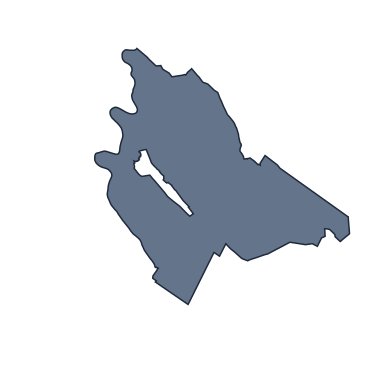 Piltenes pag., Ventspils, Latvia (Natural Earth projection), rotated 42°
{"feature_id": "27541924B30234976546427", "entity_name": "Piltenes pag.", "entity_type": "district", "adm_level": 2, "iso_a3": "LVA", "parent_name": "Latvia", "parent_adm1": "Ventspils", "projection": "natural_earth1", "projection_center": [21.694, 57.236], "detail": "fine", "context": "isolated", "style": "filled", "palette": "slate", "viewbox_px": 384, "rotation_deg": 42, "n_neighbors": 0, "source": "geoboundaries", "source_scale": "gbopen_adm2", "svg_char_len": 5798}
<svg xmlns="http://www.w3.org/2000/svg" viewBox="0 0 384 384"><g transform="rotate(42 192 192)"><path d="M197.0,267.5L203.6,269.0L206.0,269.5L208.3,269.8L211.0,270.5L211.9,270.8L212.5,271.0L213.9,271.8L214.8,272.5L215.4,272.4L215.8,272.2L215.8,271.8L216.4,271.7L217.0,271.3L217.9,271.2L217.9,272.8L218.3,273.3L218.4,274.5L218.5,275.1L219.0,279.6L219.1,280.3L219.4,280.9L220.6,282.4L225.1,281.9L225.0,283.4L241.1,281.3L264.3,278.2L263.5,275.1L252.4,235.3L250.9,229.8L250.0,226.6L249.3,224.1L248.8,222.2L255.4,221.3L252.5,210.5L251.9,208.1L251.8,207.8L254.8,208.1L258.9,208.4L263.7,208.1L273.0,208.1L274.0,207.9L276.0,207.2L279.5,205.8L279.8,204.7L281.5,201.5L283.9,197.4L287.3,191.2L287.2,191.2L289.7,187.4L298.4,163.8L307.7,157.7L311.6,155.2L316.0,149.9L321.5,148.5L319.0,139.4L320.6,135.9L316.0,131.3L315.7,131.2L315.2,130.5L317.4,128.8L319.5,127.7L326.6,128.0L328.3,129.5L334.9,129.6L335.0,129.4L335.4,129.4L335.7,126.3L337.0,117.8L336.7,117.3L324.6,105.9L324.4,106.0L321.3,106.4L267.7,112.5L241.4,115.5L237.5,114.8L221.9,116.0L223.3,124.7L223.4,125.0L223.7,125.3L224.8,126.4L223.1,126.7L222.6,127.6L220.5,127.4L218.4,127.5L218.3,127.3L213.4,127.8L213.1,127.8L212.5,127.8L210.7,130.3L210.8,130.4L210.5,130.5L208.6,132.7L206.4,131.2L205.7,130.9L205.3,130.9L204.3,130.4L202.7,130.0L201.7,129.9L200.2,129.5L199.4,128.4L199.0,128.0L198.9,127.9L197.4,124.3L197.3,124.2L196.2,123.5L195.6,123.3L194.0,122.8L192.9,121.9L190.6,120.3L189.4,119.4L187.9,118.0L183.2,115.2L181.8,114.5L181.3,114.4L177.5,112.6L175.7,112.1L169.6,111.1L166.6,110.8L160.4,108.2L160.0,108.1L157.9,107.2L153.1,104.9L150.1,103.7L144.5,100.8L140.6,101.5L131.5,101.2L126.5,103.2L122.7,102.4L122.0,102.2L121.1,102.1L120.3,101.9L119.5,101.8L117.7,101.8L116.8,101.6L109.2,100.6L109.2,101.6L109.0,102.9L108.8,105.0L108.6,105.9L109.1,109.2L108.7,109.3L108.2,109.5L107.9,109.7L107.0,111.3L100.0,119.8L95.8,119.0L95.6,118.9L91.1,119.8L88.2,120.3L84.2,118.9L81.8,121.6L80.8,122.4L69.8,122.1L69.2,121.8L55.0,122.2L55.1,122.9L54.8,124.2L54.4,125.0L54.0,125.6L52.6,126.8L50.7,128.4L48.1,130.2L47.6,130.8L47.1,131.9L47.0,133.5L47.0,134.1L47.2,135.2L47.4,135.6L48.2,136.7L49.7,138.3L50.4,138.9L51.3,139.5L52.3,139.9L53.2,140.1L54.5,140.3L55.1,140.3L56.1,140.1L57.9,139.6L58.7,139.4L60.2,139.3L61.4,139.2L62.0,139.3L63.2,139.6L64.4,140.2L65.1,140.7L65.8,141.4L66.1,141.8L66.5,142.6L66.9,143.9L67.1,144.3L67.3,144.6L68.4,145.6L68.9,145.8L69.4,146.0L72.6,146.5L73.4,146.7L74.1,147.0L76.2,148.6L77.1,149.5L77.6,150.3L78.5,152.0L79.0,153.2L79.7,155.4L80.1,155.8L80.5,156.3L81.1,157.3L81.4,157.7L81.7,159.0L82.0,159.5L82.7,160.7L83.3,161.3L84.9,162.5L85.7,163.0L86.8,163.5L89.1,164.3L92.6,165.4L93.7,165.8L95.1,166.5L95.8,166.9L96.5,167.5L96.8,168.0L97.1,168.6L97.4,169.4L97.5,170.1L97.5,170.5L97.3,171.4L96.6,172.6L95.6,173.8L94.4,174.8L93.6,175.3L93.0,175.6L91.3,176.3L88.7,177.1L84.6,177.9L82.7,178.4L81.9,178.6L81.1,178.8L79.8,179.4L79.2,179.7L78.2,180.5L77.6,181.4L77.4,181.9L77.2,182.4L76.9,183.6L76.7,184.6L76.9,185.9L77.1,186.5L77.3,187.0L77.7,187.5L78.1,188.0L78.6,188.5L80.3,189.6L82.7,190.4L83.7,190.5L88.5,190.7L89.6,190.7L90.6,190.7L93.5,191.1L95.6,191.5L96.5,191.7L99.4,193.3L99.9,193.7L101.3,194.9L102.0,195.4L103.0,196.5L104.2,198.3L104.6,199.3L105.8,202.0L106.6,203.6L108.2,206.4L110.7,209.9L111.3,211.2L111.5,211.8L111.6,212.4L111.5,213.0L111.4,213.6L111.0,214.1L110.6,214.6L109.3,215.3L107.2,216.4L101.3,219.1L100.6,219.5L99.8,220.0L99.1,220.8L98.8,221.2L97.8,222.8L96.9,224.4L96.1,225.6L95.2,226.9L95.0,227.3L94.9,227.8L94.9,228.3L95.3,229.4L95.7,230.1L96.5,231.3L97.9,232.8L98.6,233.4L99.2,233.7L100.8,234.4L101.8,234.6L102.8,234.7L104.0,234.7L105.2,234.6L106.6,234.4L107.3,234.2L108.9,233.6L112.6,231.9L113.5,231.6L114.5,231.3L115.6,231.3L117.0,231.4L118.4,231.6L119.3,231.8L120.1,232.3L120.8,232.9L121.5,233.5L121.8,234.0L122.2,234.9L123.7,239.5L124.9,242.0L125.3,242.8L126.3,244.3L127.7,246.1L129.6,249.1L130.3,250.1L131.0,250.9L131.6,251.3L133.2,252.4L136.0,253.6L139.1,255.1L140.9,255.7L141.8,255.9L143.8,256.2L146.0,256.6L149.1,256.8L150.0,257.0L152.5,257.9L153.7,258.1L159.5,259.5L167.2,260.7L169.4,261.1L172.9,262.0L175.8,262.4L176.5,262.5L179.1,262.3L181.4,262.2L183.6,262.2L184.8,262.3L185.3,262.4L186.4,262.7L187.6,263.2L188.2,263.5L189.9,264.6L190.7,265.0L192.9,265.9L194.7,266.8L195.7,267.1L197.0,267.5ZM179.4,211.6L176.8,211.7L173.5,211.0L172.0,210.7L157.1,208.7L154.1,208.4L149.6,207.7L149.2,207.8L149.0,208.1L146.0,211.9L145.1,213.0L144.6,213.5L144.2,213.9L143.1,214.3L141.6,214.4L140.5,214.4L133.1,213.1L132.7,212.1L131.8,211.2L130.1,210.1L129.9,209.8L129.8,209.6L129.7,209.6L129.6,209.4L129.6,209.1L130.0,208.9L129.5,208.3L128.3,207.8L129.0,207.6L129.1,207.4L129.5,207.3L129.6,207.2L130.1,206.6L130.4,206.2L130.4,205.8L130.7,205.7L130.9,205.5L130.9,205.3L131.0,205.1L131.1,204.5L131.1,204.4L131.2,203.9L131.1,203.7L131.2,203.3L130.7,203.2L130.4,203.0L130.1,203.0L130.0,202.8L130.0,202.6L129.9,202.5L130.0,202.3L130.2,202.0L130.2,201.9L129.9,201.4L129.5,201.3L129.5,201.1L129.6,200.9L129.7,200.7L129.8,200.5L129.6,200.2L129.9,200.0L129.8,199.9L129.7,199.8L129.6,199.7L129.7,199.2L129.1,198.7L128.8,198.3L128.5,198.0L127.8,197.8L127.8,197.7L127.4,197.5L126.9,197.5L126.7,197.4L126.4,197.4L126.0,197.4L125.6,197.6L125.5,197.3L125.5,196.8L125.6,196.7L125.9,196.4L126.0,196.1L126.1,195.8L127.3,194.1L128.1,192.8L129.5,191.1L138.6,195.5L142.2,197.4L143.6,197.7L146.0,198.0L148.7,198.1L150.7,198.3L151.2,198.3L152.9,198.1L153.8,198.3L153.7,198.4L154.1,198.6L155.7,198.9L157.5,199.1L160.1,199.0L162.2,200.9L162.5,202.3L166.2,202.3L166.4,202.3L167.3,202.2L167.8,201.0L172.5,200.6L172.6,200.9L177.7,201.9L178.9,201.7L191.1,204.3L199.7,204.9L199.5,205.7L207.5,207.3L206.6,211.4L204.7,211.5L200.0,211.3L194.1,210.9L192.4,210.8L189.7,211.0L184.3,211.4L179.4,211.6Z" fill="#64748b" stroke="#1e293b" stroke-width="1.5"/></g></svg>